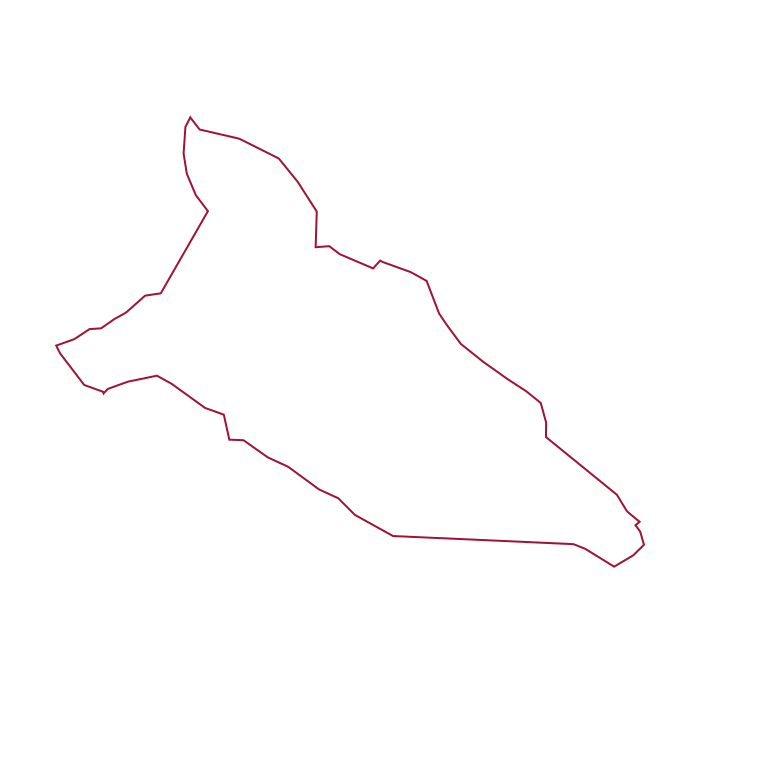 outline of Morne Lastic, Soufrière, Saint Lucia, rotated 29°
{"feature_id": "8701671B74106328276296", "entity_name": "Morne Lastic", "entity_type": "district", "adm_level": 2, "iso_a3": "LCA", "parent_name": "Saint Lucia", "parent_adm1": "Soufrière", "projection": "robinson", "projection_center": [-61.059, 13.867], "detail": "fine", "context": "isolated", "style": "outline", "palette": "rose", "viewbox_px": 768, "rotation_deg": 29, "n_neighbors": 0, "source": "geoboundaries", "source_scale": "gbopen_adm2", "svg_char_len": 984}
<svg xmlns="http://www.w3.org/2000/svg" viewBox="0 0 768 768"><g transform="rotate(29 384 384)"><path d="M320.8,277.9L318.4,288.2L282.4,291.9L269.3,290.0L257.9,297.5L241.6,265.8L210.5,249.0L182.7,237.8L138.6,239.6L99.4,250.8L86.3,245.2L85.3,244.7L85.7,255.5L97.0,279.6L109.6,295.7L127.9,310.1L146.2,318.2L144.8,412.9L132.2,422.6L123.7,446.7L116.7,457.9L109.6,472.4L99.8,478.8L91.4,494.9L78.7,509.3L85.7,514.2L122.3,530.2L142.0,527.0L143.3,528.2L144.8,522.2L158.9,506.1L181.4,486.8L198.3,486.8L239.1,491.7L258.8,488.5L275.7,507.7L288.3,501.3L317.9,504.5L340.4,502.9L378.4,507.7L399.5,506.1L422.0,512.6L465.6,512.6L627.4,432.2L640.1,430.6L673.8,432.2L685.1,412.9L689.3,398.5L679.5,388.8L672.4,385.6L674.4,380.6L667.8,379.4L658.4,377.6L648.6,372.1L641.5,368.0L551.4,351.9L544.4,339.0L530.3,324.6L512.0,321.4L489.5,319.8L460.0,316.5L431.8,311.7L410.7,302.1L398.1,295.7L371.3,273.2L353.0,273.2L323.5,278.0L322.6,277.9L320.8,277.9Z" fill="none" stroke="#9f1239" stroke-width="2"/></g></svg>